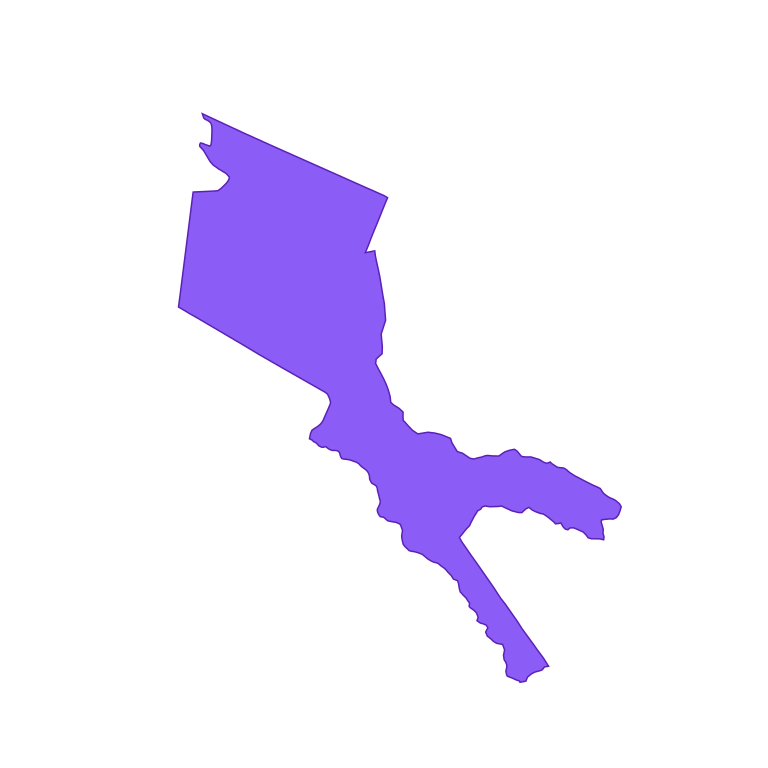 the district of Borabu, Nyanza, Kenya, rotated 145°
{"feature_id": "3690345B58519462810575", "entity_name": "Borabu", "entity_type": "district", "adm_level": 2, "iso_a3": "KEN", "parent_name": "Kenya", "parent_adm1": "Nyanza", "projection": "albers", "projection_center": [35.021, -0.692], "detail": "fine", "context": "isolated", "style": "filled", "palette": "violet", "viewbox_px": 768, "rotation_deg": 145, "n_neighbors": 0, "source": "geoboundaries", "source_scale": "gbopen_adm2", "svg_char_len": 5434}
<svg xmlns="http://www.w3.org/2000/svg" viewBox="0 0 768 768"><g transform="rotate(145 384 384)"><path d="M411.1,58.4L410.6,68.0L410.9,79.0L410.9,84.6L411.3,104.2L410.9,112.9L410.9,120.8L410.9,134.1L411.3,141.3L411.1,148.4L410.9,153.0L410.8,178.8L410.8,184.3L410.9,196.1L410.8,203.3L410.8,210.2L410.2,215.1L405.9,216.2L402.6,217.2L399.3,218.1L395.1,218.9L392.1,220.7L388.7,222.4L385.7,224.0L382.5,225.2L380.2,226.4L376.7,226.0L373.9,227.0L370.9,225.9L367.9,222.9L361.4,218.6L357.7,216.6L355.2,212.2L351.9,206.6L347.6,201.6L344.9,199.6L339.6,200.3L336.0,199.8L335.0,196.1L333.3,192.8L331.8,190.6L330.1,188.1L328.3,186.5L327.1,183.8L326.1,181.0L325.1,177.5L324.0,173.5L323.8,171.2L321.7,169.9L318.8,168.7L319.2,164.4L318.8,161.4L317.0,159.1L314.2,159.4L311.4,157.6L309.7,155.2L305.7,148.4L305.0,144.1L305.0,140.9L302.9,138.3L299.2,135.6L296.2,133.5L293.4,130.4L291.5,132.5L290.2,136.1L287.7,139.3L286.4,142.9L285.4,146.1L283.8,147.9L280.8,146.5L278.6,145.2L276.4,144.0L273.8,141.9L270.3,141.3L266.8,142.4L263.6,144.6L261.4,146.3L260.1,147.4L259.8,150.8L261.0,155.5L261.6,156.9L262.6,158.7L264.4,161.6L265.0,162.9L265.6,164.4L266.6,167.3L266.9,169.0L266.9,170.7L266.8,174.4L268.5,177.5L270.9,181.4L272.1,183.6L274.1,187.3L275.8,190.5L276.6,192.1L277.2,193.3L278.9,196.6L280.2,199.0L282.0,203.3L282.6,204.8L283.1,206.6L283.7,209.2L284.5,211.2L285.3,212.4L288.1,214.8L289.7,216.3L291.1,219.7L292.3,222.8L292.6,224.8L295.5,225.4L297.0,226.7L298.4,229.0L299.9,232.8L302.9,236.7L305.5,240.0L308.4,242.0L310.2,243.3L312.8,245.7L313.1,248.1L313.2,249.5L313.4,252.3L314.0,254.4L314.7,255.8L317.6,257.0L318.8,257.6L320.5,258.1L323.5,259.0L324.8,259.1L326.5,259.2L331.1,259.1L333.0,260.4L336.3,262.8L339.8,265.8L341.4,266.8L343.1,267.4L346.1,268.2L348.3,269.2L351.5,270.4L353.1,270.8L356.1,273.8L357.6,277.6L359.4,282.3L361.0,284.3L362.7,286.7L362.3,293.7L362.2,295.0L362.0,297.1L360.7,301.3L363.1,305.0L366.0,309.5L369.0,313.0L370.0,314.1L371.4,315.5L375.7,319.3L378.0,320.4L382.8,322.7L384.9,323.7L387.2,329.6L388.2,336.1L388.6,339.7L388.8,341.4L389.2,343.0L387.3,346.2L384.5,350.0L385.6,355.4L388.2,361.5L389.0,365.1L386.2,370.1L383.8,376.9L382.3,382.9L381.3,388.6L380.7,393.1L380.0,399.0L379.5,402.7L379.0,405.9L378.0,406.7L376.3,408.8L372.5,409.4L368.2,409.9L364.1,415.3L357.7,426.5L346.1,435.3L341.1,443.8L337.6,449.6L334.6,456.2L325.7,474.7L322.8,481.5L319.8,488.8L317.7,493.6L315.2,498.4L324.0,502.3L316.9,506.8L309.9,511.6L291.8,523.2L286.8,526.5L279.1,531.5L274.2,534.5L275.7,537.9L281.9,548.3L286.6,556.0L306.1,588.5L324.5,619.1L337.3,640.4L355.1,670.3L377.8,709.6L379.1,705.2L378.8,703.8L378.0,702.2L377.1,700.7L376.6,699.1L376.2,697.4L376.5,695.7L377.0,694.4L377.7,693.1L379.9,689.8L383.5,685.0L386.3,681.5L388.5,679.2L390.3,678.8L391.8,681.0L393.1,682.6L394.2,684.7L396.1,686.7L397.6,685.9L398.6,684.4L398.3,681.8L398.0,679.7L397.9,678.4L398.3,673.2L398.5,670.7L398.6,669.0L398.8,666.7L398.8,665.3L398.6,663.7L398.3,661.2L397.5,659.1L397.0,657.7L396.2,655.1L395.1,652.9L394.6,651.6L393.5,649.1L392.8,647.5L392.4,646.1L392.0,642.2L393.4,640.8L395.5,639.7L397.3,639.1L399.4,638.6L402.6,638.1L405.1,637.7L409.1,637.6L412.3,639.4L420.4,644.5L430.2,650.7L431.1,649.8L458.3,619.8L499.5,574.4L508.2,564.9L505.0,558.0L503.0,553.4L499.0,545.0L480.1,503.6L478.6,500.4L469.5,480.0L457.8,455.0L436.9,410.9L436.1,408.1L436.8,404.0L437.3,402.3L437.8,400.8L438.7,399.1L439.9,398.2L443.1,396.2L449.9,392.1L454.8,389.1L456.2,388.4L457.8,387.9L459.6,387.5L462.3,387.3L463.9,387.3L465.6,387.4L467.7,387.5L469.7,387.4L472.8,385.4L476.5,381.9L475.5,380.1L474.9,378.7L474.8,377.2L473.6,375.4L473.1,373.0L472.9,370.9L471.5,368.2L470.0,367.0L468.1,366.4L467.3,365.2L466.9,363.6L466.2,361.8L465.2,360.2L464.3,359.1L463.0,358.2L461.7,357.3L460.7,356.2L459.8,354.5L460.0,352.6L460.7,350.9L461.2,349.1L461.3,347.1L460.0,345.6L457.5,343.4L456.5,342.4L455.3,341.1L454.1,339.5L453.1,337.9L451.9,336.5L451.3,335.3L450.7,334.1L450.3,332.8L450.2,331.5L449.9,329.8L449.5,328.3L448.7,326.1L448.1,324.1L447.7,321.9L447.8,320.3L448.2,318.4L448.9,316.6L450.3,314.4L450.8,311.6L450.9,309.7L450.1,308.0L449.3,306.4L448.8,304.5L449.3,302.5L450.4,300.6L451.0,298.9L451.6,297.2L452.4,295.0L453.2,293.3L453.6,292.0L454.0,290.7L455.0,289.2L456.3,288.1L458.1,287.0L459.5,286.2L461.1,285.4L462.2,284.0L462.9,282.0L463.2,279.7L463.2,277.8L462.4,276.6L460.9,275.3L460.3,273.6L460.0,271.9L459.5,270.1L458.5,268.7L457.2,267.4L455.5,265.7L453.4,263.6L451.3,260.1L451.5,258.2L452.8,253.5L455.3,250.8L456.5,249.6L457.3,248.4L458.3,246.3L458.9,245.0L460.2,241.6L460.1,239.2L459.7,236.8L458.9,232.9L456.9,230.7L455.1,229.0L452.7,226.0L450.4,222.6L449.5,219.5L448.5,215.6L446.7,211.6L445.8,210.1L444.7,208.7L442.7,206.3L441.8,202.9L440.2,198.3L439.8,196.1L439.5,192.5L438.8,188.6L439.0,184.4L436.6,180.7L437.5,177.6L438.7,175.2L439.7,173.1L440.8,169.9L440.4,167.5L440.2,165.2L439.5,161.6L439.7,158.1L439.5,155.7L441.9,152.8L441.4,150.4L440.7,148.7L440.2,147.1L439.7,144.8L439.6,143.5L440.6,139.0L443.6,136.8L442.5,133.6L441.8,132.4L440.5,130.9L438.6,127.9L438.7,124.8L443.0,122.5L444.0,118.3L442.6,113.7L442.3,111.9L442.0,110.4L440.5,107.0L436.2,102.6L437.7,97.1L439.2,95.6L441.6,93.4L443.7,89.3L443.9,86.1L444.6,83.4L445.6,81.9L448.9,78.8L450.4,75.4L450.5,73.8L447.4,69.2L445.6,66.0L443.4,63.0L443.7,61.7L441.0,60.4L438.2,59.2L434.6,61.6L432.7,61.7L429.5,62.0L425.7,61.5L422.1,60.2L419.6,59.3L418.1,59.2L414.8,60.2L411.1,58.4Z" fill="#8b5cf6" stroke="#5b21b6" stroke-width="1.5"/></g></svg>